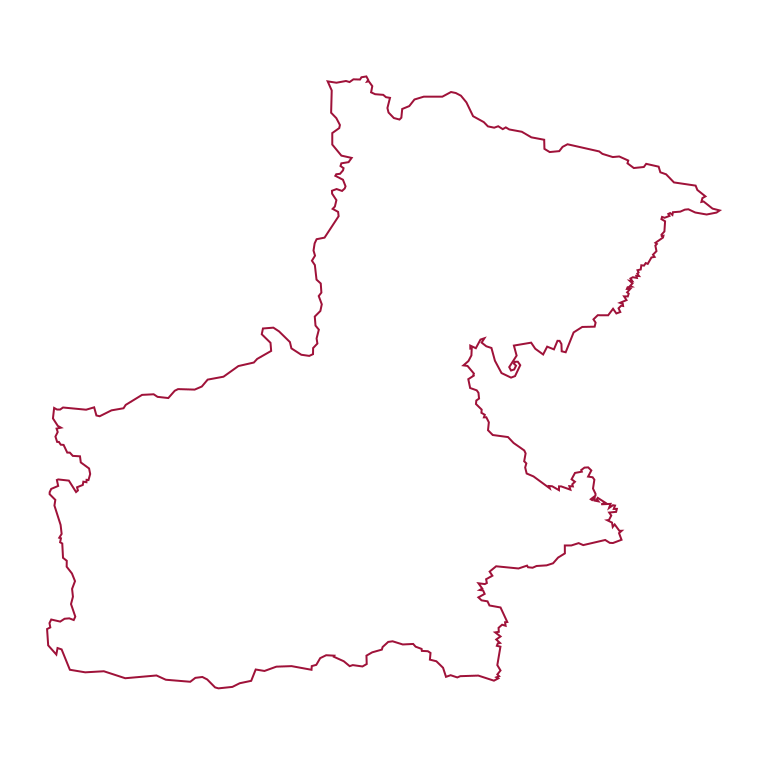 the district of Kanbalu, Sagaing, Myanmar, rotated 91°
{"feature_id": "60261553B80816237630627", "entity_name": "Kanbalu", "entity_type": "district", "adm_level": 2, "iso_a3": "MMR", "parent_name": "Myanmar", "parent_adm1": "Sagaing", "projection": "natural_earth1", "projection_center": [95.451, 23.357], "detail": "fine", "context": "isolated", "style": "outline", "palette": "rose", "viewbox_px": 768, "rotation_deg": 91, "n_neighbors": 0, "source": "geoboundaries", "source_scale": "gbopen_adm2", "svg_char_len": 6124}
<svg xmlns="http://www.w3.org/2000/svg" viewBox="0 0 768 768"><g transform="rotate(91 384 384)"><path d="M673.9,284.6L678.7,268.9L676.4,264.7L675.3,266.5L674.2,263.8L672.4,265.6L668.4,262.5L663.1,265.8L644.6,263.0L643.8,266.6L641.4,265.7L640.9,263.5L637.5,267.3L634.4,263.1L630.4,268.5L629.8,264.9L625.8,265.2L622.6,261.7L623.6,258.2L620.1,258.8L619.8,256.6L605.4,263.6L603.6,274.7L599.5,276.7L598.6,282.7L595.7,285.9L592.1,279.7L588.7,281.3L588.3,284.7L586.8,282.2L581.6,286.1L582.3,279.7L581.2,277.7L577.4,278.5L573.8,272.3L569.7,275.1L564.3,268.7L566.1,246.3L563.1,237.8L564.7,236.8L565.1,232.2L563.3,228.3L562.5,218.3L560.3,211.8L554.5,206.9L550.2,200.2L542.3,200.4L542.2,194.0L539.7,186.6L541.6,182.0L536.1,160.1L538.9,155.5L539.0,152.3L535.6,143.8L529.0,146.4L526.6,143.8L526.7,146.1L520.4,150.9L522.9,152.8L518.6,153.6L516.3,158.4L516.0,156.7L511.6,154.5L508.6,156.6L507.8,149.7L504.8,149.0L504.9,152.1L501.5,150.9L501.2,153.0L504.0,156.8L499.9,155.4L500.5,164.7L498.8,160.7L494.1,168.3L495.6,169.2L497.6,167.6L496.9,171.5L494.9,171.4L496.5,173.8L495.6,175.2L491.9,170.6L490.1,170.6L484.9,173.2L476.0,172.0L473.6,173.8L473.0,178.3L466.8,175.2L463.8,178.4L464.1,182.1L466.6,185.3L468.2,184.7L469.6,191.5L476.0,194.8L478.4,191.4L481.0,194.0L483.1,193.4L482.9,196.9L486.4,195.8L483.3,205.0L483.3,207.2L487.1,207.2L483.3,214.1L483.1,217.3L485.4,216.5L473.8,232.9L471.0,239.8L465.0,241.4L460.9,240.3L458.8,242.5L450.9,241.2L448.0,242.6L440.7,253.4L434.9,259.1L433.1,274.4L428.4,279.2L420.5,278.5L415.5,281.1L415.6,283.5L413.0,282.7L411.1,286.1L407.9,285.9L402.4,291.7L398.9,291.4L396.9,288.7L391.1,289.4L388.7,291.2L386.5,297.8L377.7,299.8L373.6,293.7L373.8,294.9L372.0,294.3L364.5,300.8L364.0,304.9L359.6,300.0L353.9,297.1L346.9,296.9L347.1,298.3L344.1,298.4L346.6,292.8L337.9,288.3L336.5,284.4L340.9,287.1L344.5,282.4L346.1,277.2L358.8,273.5L371.0,266.7L375.4,257.1L373.8,253.1L362.8,248.1L359.4,250.6L359.5,253.4L361.4,254.4L363.4,252.3L367.2,254.1L368.3,257.2L364.9,259.1L353.3,251.9L343.3,254.8L340.1,237.6L346.1,233.4L351.7,225.4L343.8,221.5L346.4,214.7L337.8,211.3L337.8,209.2L340.9,207.3L348.2,206.9L349.1,202.9L329.1,195.3L323.5,186.8L323.0,174.4L319.0,173.5L315.7,175.7L311.5,171.5L311.4,161.1L304.8,156.3L309.4,152.9L307.9,149.0L304.2,150.8L301.5,148.2L301.8,146.3L299.5,146.7L298.7,149.4L295.9,143.0L292.2,145.5L292.2,141.8L289.4,140.9L288.1,142.5L284.7,139.5L284.7,142.8L283.0,142.1L282.4,138.0L281.6,139.6L279.0,137.3L276.5,140.1L276.8,137.5L274.2,139.4L272.9,137.1L273.5,133.0L271.5,133.6L271.6,130.9L269.3,132.7L268.1,131.4L265.8,132.5L265.0,129.3L260.8,128.8L261.1,126.1L258.5,124.4L259.3,122.4L252.8,118.8L252.2,115.7L250.0,117.3L246.4,113.9L240.9,115.1L239.2,113.6L238.1,115.1L232.7,107.6L230.9,107.2L231.2,108.9L229.9,109.2L226.6,106.3L216.4,105.8L214.3,109.5L212.1,108.9L212.9,106.4L211.0,101.5L209.0,102.7L208.1,100.9L209.9,98.6L207.2,98.1L206.5,90.8L204.4,86.2L204.0,82.7L207.1,75.8L208.9,64.4L206.8,54.5L204.6,51.4L202.9,58.6L195.9,67.7L196.4,69.8L192.6,68.9L190.8,65.9L184.5,74.1L180.2,75.9L177.4,97.6L169.4,105.6L167.5,111.4L161.9,113.2L159.3,125.7L162.5,128.0L163.7,138.0L159.1,144.4L156.3,143.7L152.4,152.8L153.1,159.2L150.1,169.6L147.7,172.9L141.1,204.7L143.8,209.6L148.1,212.8L149.2,222.4L146.1,227.7L137.0,228.1L134.8,241.0L129.4,250.6L127.3,263.2L125.3,266.7L127.1,269.7L124.3,274.3L125.8,278.3L124.6,284.6L120.4,288.8L114.7,299.6L101.0,306.5L94.4,312.1L91.8,317.3L90.9,322.1L95.7,330.7L96.0,349.2L99.0,358.5L105.7,363.6L108.7,370.6L117.4,371.3L119.3,373.1L117.9,378.8L112.5,384.2L108.0,385.4L97.8,383.0L97.2,387.0L94.9,389.8L94.4,397.9L92.6,402.0L86.4,400.9L81.6,404.5L82.0,406.2L80.2,405.1L76.8,407.0L77.7,411.9L80.0,413.3L79.9,419.9L82.7,423.7L81.7,427.3L83.6,436.8L82.4,445.6L91.4,441.4L113.7,441.6L119.0,436.3L125.8,432.6L128.9,433.2L134.0,440.1L145.5,439.9L156.4,430.6L158.5,420.3L162.8,423.3L164.1,430.5L166.8,431.3L168.9,428.2L171.1,428.7L174.6,431.6L175.1,435.4L176.7,436.3L180.5,428.6L187.0,425.9L189.2,426.7L191.7,429.3L189.9,434.8L191.7,439.4L194.6,439.2L201.0,434.8L207.4,436.2L209.8,438.4L212.7,432.9L217.0,432.3L238.7,446.0L240.4,453.9L244.6,455.8L251.8,456.8L256.9,455.2L262.0,458.2L266.3,455.2L280.8,453.3L284.6,449.0L293.7,448.2L297.2,450.8L305.4,447.6L312.1,448.9L317.8,454.4L326.8,453.5L330.8,450.1L339.6,452.2L344.7,451.3L349.3,455.5L355.4,455.5L357.2,459.2L356.2,467.2L350.0,477.2L343.7,478.8L333.2,489.9L329.6,495.6L330.6,506.0L336.4,507.1L344.8,498.2L352.9,497.4L361.1,511.2L364.8,514.5L368.6,529.9L379.5,544.6L382.7,560.4L389.7,566.1L392.9,573.2L392.7,589.8L394.4,593.1L401.8,599.4L400.8,610.2L398.3,614.1L399.1,625.7L409.4,641.9L412.8,644.0L415.1,656.0L421.2,667.7L420.5,671.0L412.4,673.4L414.9,681.4L413.1,704.5L415.2,707.4L415.2,710.6L413.7,713.4L424.2,714.4L431.6,709.4L433.3,706.2L434.3,710.6L437.7,709.4L442.3,711.6L447.6,709.8L447.6,708.0L450.3,706.2L450.5,703.3L458.1,699.5L458.1,696.9L461.3,693.9L461.6,686.7L467.7,685.8L473.6,677.4L479.1,676.2L485.2,677.8L485.0,679.7L487.4,679.8L486.9,682.9L490.2,683.4L492.6,689.1L495.8,688.2L497.4,690.0L486.1,697.4L485.1,708.1L485.7,709.4L491.6,708.0L494.7,714.9L498.0,716.4L500.0,716.4L505.6,710.6L511.3,711.4L530.5,704.9L539.5,703.7L543.4,706.0L543.9,704.3L547.9,705.1L549.1,702.9L563.4,701.9L566.3,698.1L572.2,698.1L578.9,692.7L586.5,689.5L594.3,692.3L602.1,691.3L609.5,693.1L622.0,688.6L625.4,690.1L623.8,694.6L624.3,699.3L627.2,703.6L625.3,712.6L628.9,714.3L633.2,713.4L634.9,716.6L651.2,715.2L660.2,706.9L653.7,705.8L655.0,701.7L675.2,693.1L677.5,677.7L676.1,659.1L682.7,637.6L679.4,606.4L683.5,597.0L685.1,572.5L681.1,567.5L680.1,560.5L682.5,555.6L690.3,547.6L691.2,544.2L689.5,530.3L685.7,523.0L683.1,511.6L671.7,507.3L673.0,498.5L668.5,486.7L667.7,471.5L671.0,451.5L667.3,451.3L666.0,446.8L659.2,443.0L656.2,437.1L656.5,428.9L657.6,429.4L661.9,419.4L666.7,413.4L665.6,410.3L666.8,400.6L664.3,396.4L655.9,396.8L652.5,391.1L649.6,381.5L647.0,380.8L641.8,375.3L641.1,370.9L644.1,360.7L643.4,350.3L646.1,347.8L648.2,341.8L650.2,341.5L650.4,335.5L652.1,332.8L658.8,333.3L660.3,326.8L666.7,320.0L675.7,316.9L674.0,312.3L676.1,305.6L674.8,302.6L673.9,284.6Z" fill="none" stroke="#9f1239" stroke-width="2"/></g></svg>